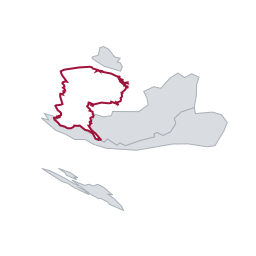 Finland and the surrounding countries, rotated 208°
{"feature_id": "FIN", "entity_name": "Finland", "entity_type": "country or territory", "adm_level": 0, "iso_a3": "FIN", "parent_name": "Europe", "parent_adm1": "", "projection": "equal_earth", "projection_center": [24.864, 64.94], "detail": "medium", "context": "with_neighbors", "style": "outline", "palette": "rose", "viewbox_px": 256, "rotation_deg": 208, "n_neighbors": 3, "source": "natural_earth", "source_scale": "50m", "svg_char_len": 3645}
<svg xmlns="http://www.w3.org/2000/svg" viewBox="0 0 256 256"><g transform="rotate(208 128 128)"><path d="M118.7,53.0L120.9,51.9L128.8,51.8L153.2,55.6L139.4,57.0L136.2,59.9L131.3,60.6L128.4,64.0L121.7,64.2L110.1,61.6L115.2,60.2L107.2,59.1L97.0,55.9L93.3,53.1L108.2,51.9L111.0,53.1L118.7,53.0ZM208.5,101.6L193.7,104.6L196.0,100.3L188.3,97.9L179.1,100.0L176.3,104.4L170.5,107.1L164.1,105.6L156.2,105.9L149.7,102.7L146.0,104.3L142.3,104.6L141.2,108.7L129.9,107.6L128.1,111.2L122.2,111.1L111.0,123.1L100.4,132.7L102.4,135.1L99.9,137.9L93.6,137.8L88.7,144.6L88.0,154.4L91.7,158.3L88.6,167.3L79.1,177.3L75.2,172.4L60.9,181.7L51.7,183.6L43.0,179.5L42.0,170.9L42.9,153.2L49.7,148.4L67.5,142.2L81.1,134.8L109.9,112.4L137.5,100.0L150.7,97.4L160.4,97.7L169.5,92.9L180.2,93.2L190.7,92.0L209.3,96.2L201.8,97.8L208.5,101.6ZM185.0,51.8L177.1,53.6L161.3,54.0L145.4,53.4L144.5,52.5L136.7,52.4L130.9,50.9L147.6,50.0L155.4,50.8L160.9,49.8L185.0,51.8ZM170.5,59.7L158.2,61.4L148.5,60.5L152.4,59.4L149.1,58.2L160.5,57.4L162.6,58.9L170.5,59.7Z" fill="#d9dde1" stroke="#a8b0b8" stroke-width="1"/><path d="M79.1,177.3L88.6,167.3L91.7,158.3L88.0,154.4L88.7,144.6L93.6,137.8L99.9,137.9L102.4,135.1L100.4,132.7L111.0,123.1L122.2,111.1L128.1,111.2L129.9,107.6L141.2,108.7L142.3,104.6L146.0,104.3L163.3,111.6L163.3,121.7L165.4,124.3L154.7,126.3L148.5,131.1L149.3,135.4L126.3,147.4L121.0,157.9L125.3,163.3L131.3,167.6L124.7,176.5L117.7,178.4L114.2,192.1L109.8,199.9L101.6,199.1L97.2,205.8L89.2,206.2L87.7,198.2L83.0,188.8L79.1,177.3Z" fill="#d9dde1" stroke="#a8b0b8" stroke-width="1"/><path d="M192.0,172.4L193.0,173.8L188.4,178.4L190.5,185.9L187.7,188.5L182.1,188.5L173.3,184.5L167.6,185.9L168.4,181.1L165.9,182.1L161.7,179.3L161.2,174.7L177.9,171.3L192.0,172.4Z" fill="#d9dde1" stroke="#a8b0b8" stroke-width="1"/><path d="M166.9,125.7L165.4,123.4L164.1,122.7L164.1,121.1L165.2,120.5L165.9,119.0L163.8,116.9L163.7,116.2L164.7,115.6L164.4,114.9L162.7,114.7L163.3,113.7L163.0,112.0L163.9,111.5L159.2,108.9L154.0,107.9L145.9,104.7L148.5,104.7L148.9,104.5L148.6,103.7L151.7,103.3L156.6,106.7L162.0,107.1L165.2,106.2L171.8,107.5L173.6,106.1L176.6,105.0L176.7,103.2L178.2,101.0L181.2,99.4L184.8,99.5L189.3,98.5L192.4,100.0L196.8,100.9L198.0,102.1L195.2,103.9L195.9,104.8L192.6,105.6L194.8,106.1L193.1,108.1L194.4,110.0L198.5,110.8L202.5,113.4L202.3,114.1L198.1,117.1L197.1,118.4L202.5,123.8L203.7,125.8L203.8,126.5L201.5,126.9L202.2,127.3L200.9,129.5L202.3,130.2L201.0,131.5L202.2,132.6L204.3,133.1L203.5,134.6L204.4,135.7L206.8,136.6L207.1,137.7L205.2,139.7L203.8,140.2L211.6,144.0L214.0,146.4L212.0,149.3L199.9,158.3L190.5,164.1L188.4,164.6L186.7,164.0L182.3,165.0L182.5,163.4L181.3,165.0L178.5,164.6L179.0,165.6L177.2,166.2L176.5,165.7L168.6,168.1L162.1,168.4L158.8,169.6L160.3,168.1L158.2,166.6L157.7,167.7L155.5,168.0L155.4,167.0L156.4,166.5L155.9,166.1L156.4,165.3L151.6,164.3L151.3,163.6L150.0,164.1L148.9,163.6L148.4,160.8L149.9,156.8L149.5,156.3L150.2,156.0L148.0,153.0L148.6,150.9L147.5,149.8L147.2,148.3L149.6,145.3L150.8,145.2L150.1,144.0L155.1,143.3L154.6,142.3L156.5,140.8L163.3,138.0L169.4,132.6L174.0,132.2L173.6,131.6L174.5,131.2L173.8,130.2L174.3,127.9L170.1,126.6L169.6,126.0L169.9,125.3L166.9,125.7ZM153.7,165.4L155.2,165.9L154.5,166.2L154.8,167.0L153.0,166.0L153.7,165.4ZM172.2,131.0L169.5,131.4L169.5,130.9L172.2,131.0ZM147.2,143.5L148.1,143.9L149.4,143.7L148.3,144.4L147.2,143.5ZM148.9,164.1L147.9,164.5L147.4,163.6L147.8,163.3L148.9,164.1ZM152.5,165.6L151.3,165.3L151.4,164.6L151.9,164.8L152.5,165.6ZM151.6,166.7L150.7,167.4L150.9,166.7L151.6,166.7ZM150.1,166.9L149.4,167.5L149.1,167.3L150.1,166.9Z" fill="none" stroke="#9f1239" stroke-width="2"/></g></svg>